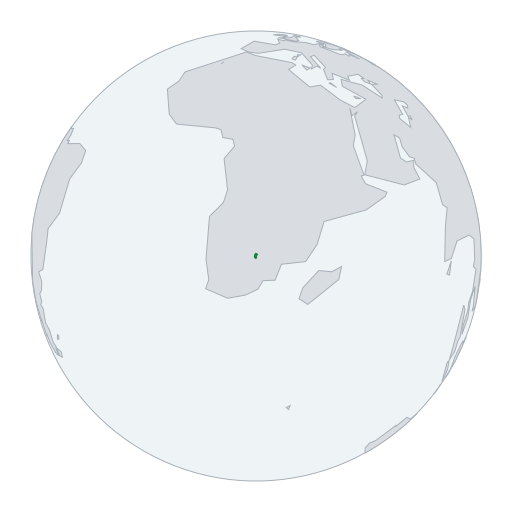 the Earth from above North-East, rotated 27°
{"feature_id": "BWA-4853", "entity_name": "North-East", "entity_type": "District", "adm_level": 1, "iso_a3": "BWA", "parent_name": "Botswana", "parent_adm1": "", "projection": "orthographic", "projection_center": [27.629, -21.012], "detail": "fine", "context": "on_globe", "style": "filled", "palette": "green", "viewbox_px": 512, "rotation_deg": 27, "n_neighbors": 0, "source": "natural_earth", "source_scale": "10m", "svg_char_len": 5303}
<svg xmlns="http://www.w3.org/2000/svg" viewBox="0 0 512 512"><g transform="rotate(27 256 256)"><circle cx="256" cy="256" r="225" fill="#eef3f6" stroke="#a8b0b8"/><path d="M33.1,223.7L32.9,226.8L35.5,225.1L36.1,232.3L35.4,238.8L37.2,237.7L37.3,241.3L48.0,235.8L56.4,239.4L58.2,252.4L55.0,271.9L61.5,307.2L58.3,325.9L63.8,340.4L72.2,364.9L69.5,368.7L76.7,376.0L80.5,384.1L80.5,387.8L86.1,394.4L86.3,397.1L90.1,399.4L98.8,411.0L105.9,416.0L114.4,424.8L119.1,427.5L119.3,428.5L121.6,430.9L124.6,432.9L121.4,433.1L111.2,426.1L105.4,420.9L105.5,421.7L92.3,408.5L95.4,412.2L79.9,395.5L68.2,379.5L45.9,337.4L45.8,337.0L40.4,321.5L36.2,305.5L33.2,289.3L31.4,273.0L30.7,256.5L31.3,240.1L33.1,223.7ZM129.4,434.1L123.0,434.0L125.4,433.5L120.1,428.5L126.0,429.8L129.4,434.1ZM116.9,420.4L114.8,416.3L116.4,416.6L118.1,419.6L116.9,420.4ZM270.1,31.2L276.1,31.6L273.1,31.6L264.7,31.1L272.2,32.1L271.7,31.7L276.1,32.2L278.5,32.0L281.7,32.3L278.9,31.9L283.1,32.4L284.6,32.6L287.5,32.9L303.8,35.8L319.8,39.9L335.5,45.2L350.8,51.6L365.5,59.1L379.7,67.7L393.2,77.3L405.9,87.9L417.9,99.3L428.9,111.6L439.1,124.7L448.2,138.5L456.3,153.0L463.4,168.0L462.7,166.3L463.6,169.5L472.8,195.8L474.2,201.9L473.5,207.3L472.6,202.5L465.0,183.6L467.0,197.1L472.9,215.4L475.1,232.5L472.0,223.3L469.4,208.1L466.7,201.0L464.9,188.7L457.9,167.7L454.6,167.0L452.5,159.9L442.4,141.7L436.3,140.6L428.3,151.3L431.2,169.5L426.7,175.3L411.5,144.0L404.4,126.2L399.1,125.7L383.3,108.8L356.8,101.5L352.8,97.1L347.8,97.9L336.7,92.4L330.5,85.8L323.8,85.3L340.2,103.1L347.4,104.0L353.0,99.1L356.3,105.4L367.0,112.9L355.8,125.4L316.1,134.2L311.9,120.6L280.2,86.3L281.0,83.1L280.9,82.7L280.5,82.0L277.9,87.3L272.3,81.5L289.5,103.3L292.5,113.4L315.5,134.9L313.4,136.9L320.7,141.9L343.8,139.7L344.0,144.3L333.3,164.9L301.0,194.3L305.2,217.9L302.7,238.5L282.4,251.8L284.0,268.9L273.5,274.8L272.7,284.8L264.2,295.7L250.0,306.5L226.0,308.0L224.7,298.6L212.9,281.5L196.6,241.9L202.7,223.2L200.6,209.9L183.3,183.6L187.1,167.9L182.4,162.5L172.8,165.5L167.4,159.3L161.6,160.3L125.2,174.5L114.2,168.9L101.3,147.5L107.9,135.2L109.2,124.2L154.9,78.5L164.5,77.6L200.3,67.4L204.7,67.8L200.4,75.0L227.1,81.0L235.9,74.5L260.3,78.8L276.7,78.9L282.8,66.4L256.0,65.6L251.6,60.0L273.2,55.5L296.6,57.9L295.6,55.8L280.9,50.5L286.5,47.8L275.9,48.6L280.1,50.7L273.5,51.6L269.3,49.9L271.4,48.8L264.4,47.8L256.1,54.2L259.5,57.0L241.0,58.7L244.8,63.7L239.8,66.4L231.4,59.1L232.3,56.4L216.7,50.8L214.0,53.6L228.6,59.4L224.0,59.2L220.5,64.2L219.5,60.2L204.3,54.3L187.7,58.7L166.3,74.2L156.7,77.7L148.7,77.9L156.8,65.4L177.4,59.1L180.6,55.5L176.7,52.9L183.3,51.6L184.2,50.1L192.0,48.2L203.3,43.2L211.3,41.6L216.0,38.0L220.7,36.9L216.6,39.2L218.0,40.4L237.8,38.4L241.8,37.5L243.2,35.5L248.5,35.7L247.4,34.1L258.9,33.5L243.9,33.3L245.2,32.1L252.3,31.3L250.0,31.1L238.5,32.6L236.3,33.4L238.7,33.9L230.4,37.3L223.5,38.6L222.0,35.7L212.1,37.5L215.3,35.3L239.6,31.3L270.1,31.2ZM139.2,97.5L137.9,100.7L139.2,97.5ZM321.6,68.2L335.5,71.2L328.8,63.1L333.5,63.9L329.5,61.1L328.2,62.6L318.3,55.8L324.0,55.3L322.1,52.7L317.4,51.6L308.4,54.0L322.5,63.3L319.6,65.5L321.6,68.2ZM181.8,45.7L184.3,45.5L181.1,47.4L171.0,51.1L175.5,48.3L181.8,45.7ZM188.6,45.0L189.9,42.1L196.3,40.3L192.5,41.7L196.5,40.7L191.6,42.9L196.3,44.6L193.8,46.6L176.5,51.3L183.6,48.4L180.7,48.5L188.6,45.0ZM210.0,64.8L213.4,64.7L218.9,63.8L216.8,67.3L210.0,64.8ZM199.3,60.6L202.5,59.8L202.2,63.6L198.6,64.0L199.3,60.6ZM204.4,56.4L202.6,59.5L201.5,58.1L204.4,56.4ZM219.5,38.6L222.9,38.0L223.2,38.4L221.2,39.3L219.5,38.6ZM278.1,68.2L273.3,70.4L270.9,69.2L273.0,68.6L278.1,68.2ZM243.5,67.8L251.3,69.2L242.8,68.8L243.5,67.8ZM354.3,373.7L354.7,378.0L351.7,377.3L354.3,373.7ZM340.4,239.4L324.1,275.6L313.7,274.6L312.2,262.9L318.6,240.5L330.8,235.6L337.0,226.4L340.4,239.4ZM478.1,292.8L477.5,296.8L477.4,297.7L478.1,292.8ZM478.8,286.2L478.6,289.9L478.5,287.8L478.8,286.2ZM478.3,292.7L478.4,291.4L478.3,292.2L478.3,292.7ZM478.8,283.9L476.2,271.4L474.6,264.1L475.5,261.5L478.2,270.1L478.8,283.9ZM475.4,261.0L472.0,243.7L463.4,205.4L466.6,209.1L474.8,236.4L474.4,238.8L476.4,251.1L475.4,261.0ZM481.3,257.3L481.2,260.0L480.7,268.6L479.8,260.9L479.1,256.4L478.7,242.3L479.0,237.4L479.7,240.1L480.1,232.7L481.3,257.3ZM432.2,171.7L437.1,185.1L434.3,185.5L432.2,171.7ZM467.6,178.8L467.0,177.3L465.9,174.3L466.0,174.5L467.6,178.8ZM442.6,382.2L440.4,377.3L442.1,371.2L446.5,365.9L457.7,343.1L457.6,344.9L463.7,331.3L467.8,331.1L471.0,323.2L465.6,338.7L459.0,353.7L451.3,368.2L442.6,382.2ZM480.1,278.8L480.2,278.2L480.9,269.5L480.1,278.8Z" fill="#d9dde1" stroke="#a8b0b8" stroke-width="1"/><path d="M254.9,253.9L255.4,253.9L255.7,253.9L255.9,253.9L256.0,253.9L256.2,254.0L256.3,254.0L256.2,254.4L256.2,254.5L256.3,254.8L256.3,255.0L256.2,255.3L256.2,255.5L256.2,255.9L256.2,256.0L256.2,256.3L256.3,256.5L256.6,256.7L256.7,256.9L256.8,257.0L257.0,257.2L257.0,257.3L257.1,257.5L257.1,257.8L257.2,258.0L257.3,258.0L257.0,258.1L256.8,258.0L256.6,258.0L256.4,258.0L256.0,257.9L255.8,257.9L255.5,257.8L255.3,257.6L255.2,257.3L255.1,257.0L255.0,256.6L254.8,256.2L254.7,256.0L254.5,255.7L254.5,255.3L254.5,255.1L254.5,254.8L254.6,254.5L254.7,254.2L254.8,253.9L254.9,253.9ZM255.7,256.8L255.7,256.7L255.7,256.4L255.5,256.5L255.4,256.6L255.3,256.8L255.5,256.8L255.5,256.7L255.7,256.8L255.7,256.8Z" fill="#22c55e" stroke="#15803d" stroke-width="1.5"/></g></svg>